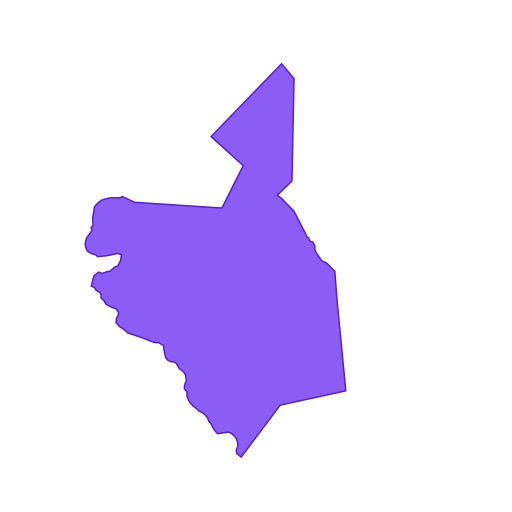 San Lucas Camotlán, Oaxaca, Mexico (Albers equal-area conic projection), rotated 310°
{"feature_id": "50627088B23894321184997", "entity_name": "San Lucas Camotlán", "entity_type": "district", "adm_level": 2, "iso_a3": "MEX", "parent_name": "Mexico", "parent_adm1": "Oaxaca", "projection": "albers", "projection_center": [-95.705, 16.936], "detail": "fine", "context": "isolated", "style": "filled", "palette": "violet", "viewbox_px": 512, "rotation_deg": 310, "n_neighbors": 0, "source": "geoboundaries", "source_scale": "gbopen_adm2", "svg_char_len": 1876}
<svg xmlns="http://www.w3.org/2000/svg" viewBox="0 0 512 512"><g transform="rotate(310 256 256)"><path d="M419.7,152.0L318.6,144.8L317.0,188.2L297.1,192.8L275.1,198.1L270.7,198.9L219.1,128.5L215.6,115.2L213.9,114.9L210.1,110.9L207.6,107.7L204.4,105.0L199.9,102.0L195.9,101.0L192.4,100.6L189.6,100.8L184.7,103.8L180.0,106.5L177.7,108.6L175.0,111.5L171.8,111.4L170.1,114.1L165.4,114.3L160.6,114.7L158.1,115.9L154.9,117.8L153.1,120.4L151.5,123.1L151.9,128.1L153.7,132.0L153.8,135.4L156.6,137.9L159.1,140.4L162.2,143.1L165.6,145.8L168.8,148.1L170.6,152.1L168.0,153.6L165.3,155.3L159.9,156.5L156.5,154.9L150.2,153.8L148.3,151.9L144.1,149.7L142.5,145.9L136.7,144.5L131.2,147.2L127.1,149.1L127.9,152.8L126.9,155.7L127.8,159.8L126.6,162.6L124.2,164.1L124.2,167.5L122.7,172.0L123.4,176.5L124.2,179.3L125.6,182.7L124.5,186.8L121.9,188.6L118.4,189.2L114.9,191.7L114.2,197.5L114.8,201.2L114.8,204.3L114.6,207.2L119.2,218.7L124.5,234.0L127.1,237.2L127.9,242.8L125.4,245.3L122.5,248.9L120.0,252.2L119.5,255.2L120.1,258.3L122.7,262.3L121.5,267.1L120.3,270.1L120.8,274.7L119.4,278.7L115.7,282.8L111.2,284.2L108.2,286.5L107.5,290.5L104.0,293.6L102.3,296.9L101.1,300.5L100.6,304.5L100.9,309.3L100.5,311.9L101.4,314.8L101.6,318.2L100.9,323.1L98.9,326.2L98.8,329.1L96.9,333.2L96.0,335.8L95.1,340.7L99.7,344.8L103.4,348.1L104.2,351.0L104.2,355.5L103.3,358.8L101.2,361.8L98.6,364.5L95.1,365.4L92.3,367.9L92.4,373.9L92.7,373.9L157.1,370.4L157.3,370.4L210.4,411.4L210.7,411.2L275.1,345.6L295.0,326.2L294.8,326.1L295.9,316.9L295.9,313.8L295.0,311.2L294.6,309.6L295.1,307.7L295.5,306.0L296.7,302.0L297.8,298.5L298.5,297.2L299.8,296.1L301.7,294.4L302.6,292.0L303.3,290.4L302.8,289.7L302.4,288.8L302.3,287.3L303.7,284.3L303.4,282.3L304.5,280.6L314.7,256.4L316.6,238.0L316.1,233.2L336.5,235.4L382.8,198.1L416.2,171.2L416.3,171.1L419.7,152.0Z" fill="#8b5cf6" stroke="#5b21b6" stroke-width="1.5"/></g></svg>